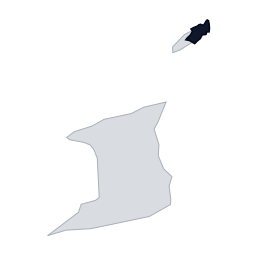 Eastern Tobago on a map of Trinidad and Tobago (Mercator projection), rotated 350°
{"feature_id": "TTO-50", "entity_name": "Eastern Tobago", "entity_type": "Region", "adm_level": 1, "iso_a3": "TTO", "parent_name": "Trinidad and Tobago", "parent_adm1": "", "projection": "mercator", "projection_center": [-60.599, 11.278], "detail": "fine", "context": "in_parent", "style": "filled", "palette": "ink", "viewbox_px": 256, "rotation_deg": 350, "n_neighbors": 0, "source": "natural_earth", "source_scale": "10m", "svg_char_len": 1019}
<svg xmlns="http://www.w3.org/2000/svg" viewBox="0 0 256 256"><g transform="rotate(350 128 128)"><path d="M156.6,210.7L133.6,218.8L73.8,220.7L49.0,217.8L30.0,220.1L64.6,202.4L68.7,195.0L83.4,193.6L87.6,191.4L92.5,152.4L90.6,143.2L87.7,138.0L81.7,134.4L68.3,129.3L66.1,126.6L74.5,122.3L92.5,119.9L105.9,115.3L133.7,114.3L147.2,110.2L170.0,109.0L158.8,126.9L153.5,133.6L155.6,149.7L153.0,160.6L156.0,174.4L162.8,183.5L158.4,192.4L157.7,205.9L156.6,210.7ZM192.8,60.2L185.2,61.6L186.0,55.9L199.6,45.9L220.3,39.2L225.5,39.0L222.6,47.9L192.8,60.2Z" fill="#d9dde1" stroke="#a8b0b8" stroke-width="1"/><path d="M207.2,41.5L209.9,40.5L213.9,39.7L215.6,38.7L217.3,38.4L219.6,39.7L220.6,39.6L223.3,36.4L224.8,35.3L225.9,36.3L226.0,39.9L225.5,44.4L224.5,47.5L222.9,47.1L222.0,47.1L221.2,49.3L219.9,49.5L218.5,49.0L217.1,49.1L216.8,49.7L214.7,52.6L214.2,52.7L210.9,54.7L209.9,55.5L208.3,56.5L205.8,54.4L203.8,52.6L200.2,51.2L201.6,49.8L205.6,47.2L208.3,43.8L207.2,41.5Z" fill="#0f172a" stroke="#020617" stroke-width="1.5"/></g></svg>